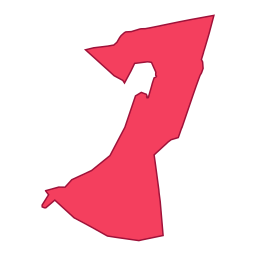 outline of Reifi Kassla, Kassala, Sudan
{"feature_id": "16777658B3769079063022", "entity_name": "Reifi Kassla", "entity_type": "district", "adm_level": 2, "iso_a3": "SDN", "parent_name": "Sudan", "parent_adm1": "Kassala", "projection": "natural_earth1", "projection_center": [36.343, 15.263], "detail": "fine", "context": "isolated", "style": "filled", "palette": "rose", "viewbox_px": 256, "rotation_deg": 0, "n_neighbors": 0, "source": "geoboundaries", "source_scale": "gbopen_adm2", "svg_char_len": 1327}
<svg xmlns="http://www.w3.org/2000/svg" viewBox="0 0 256 256"><path d="M135.5,95.9L124.9,127.3L110.0,155.6L91.6,170.5L71.8,179.7L65.0,187.2L58.7,187.1L45.6,190.7L45.6,190.8L48.6,194.8L48.2,195.4L47.7,196.2L47.5,196.6L47.1,197.1L46.9,197.4L46.2,198.6L44.8,200.8L42.1,205.1L42.2,206.9L44.4,207.8L45.8,207.8L54.8,200.1L74.1,217.8L90.8,226.7L107.4,236.0L115.7,237.3L138.9,240.6L141.8,239.9L163.1,235.5L160.3,202.7L160.3,202.3L159.1,193.1L158.8,189.6L155.4,164.1L154.1,154.9L168.2,141.9L171.1,139.7L178.2,137.6L178.3,137.5L181.3,128.9L181.7,127.7L181.9,127.7L193.2,94.5L196.2,85.9L200.0,75.4L201.5,72.9L203.1,68.4L202.9,65.9L202.9,65.6L202.7,62.9L202.6,61.9L201.4,59.5L203.5,52.6L203.5,52.2L204.8,48.1L209.1,33.5L213.9,15.4L208.8,16.3L190.7,19.6L179.9,21.7L168.7,24.0L149.6,27.9L145.1,28.7L143.8,28.7L141.1,28.8L139.5,29.1L137.6,29.7L131.3,31.6L125.9,31.9L124.5,32.6L121.2,35.5L119.7,37.5L116.9,42.3L113.6,45.2L112.8,45.2L107.8,46.1L93.7,47.8L85.5,49.8L105.2,67.6L110.2,72.1L114.1,75.7L122.8,80.4L124.1,82.4L124.5,83.0L131.0,70.9L134.6,63.4L145.9,62.0L147.3,61.8L149.5,62.0L151.5,62.4L155.6,71.6L155.9,72.8L155.7,73.6L155.7,75.3L156.5,76.1L155.8,77.2L154.1,77.9L152.4,83.1L151.4,86.8L148.3,97.6L147.1,97.8L146.6,96.8L147.1,96.2L146.3,94.3L144.7,93.7L141.3,92.4L135.5,95.9Z" fill="#f43f5e" stroke="#9f1239" stroke-width="1.5"/></svg>